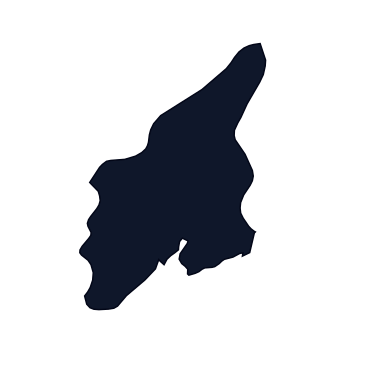 SVG path tracing the border of Ninh Thuận, rotated 44°
{"feature_id": "VNM-481", "entity_name": "Ninh Thuận", "entity_type": "Province", "adm_level": 1, "iso_a3": "VNM", "parent_name": "Vietnam", "parent_adm1": "", "projection": "equal_earth", "projection_center": [108.921, 11.746], "detail": "fine", "context": "isolated", "style": "filled", "palette": "ink", "viewbox_px": 384, "rotation_deg": 44, "n_neighbors": 0, "source": "natural_earth", "source_scale": "10m", "svg_char_len": 1549}
<svg xmlns="http://www.w3.org/2000/svg" viewBox="0 0 384 384"><g transform="rotate(44 192 192)"><path d="M265.3,176.7L265.3,178.2L275.6,195.5L272.8,203.1L270.9,200.4L269.0,203.1L266.7,210.3L262.0,218.0L261.4,221.1L261.3,224.6L260.2,229.9L258.7,232.3L253.9,237.7L252.9,240.5L252.3,244.5L250.7,248.4L247.5,254.0L245.7,254.0L242.6,250.5L238.7,250.2L234.3,250.6L229.4,249.2L226.4,244.7L224.4,232.4L223.2,229.9L217.1,231.9L217.5,236.3L220.5,240.8L222.4,243.0L221.8,247.8L220.9,252.6L220.7,257.8L222.4,263.7L216.8,263.9L215.0,263.7L219.1,272.7L219.2,288.0L216.8,312.1L217.7,325.8L216.5,329.9L213.2,334.3L206.7,341.3L202.8,344.5L199.0,346.1L194.2,345.8L187.0,341.4L186.4,336.3L185.1,331.3L181.8,324.4L177.0,318.6L169.8,314.4L164.6,313.3L156.3,314.1L153.5,313.6L151.7,311.5L150.7,307.3L150.0,297.3L149.4,293.5L147.6,291.2L141.0,288.9L138.5,287.2L136.8,283.7L136.1,279.8L135.1,270.1L134.1,265.9L132.0,262.0L128.3,259.0L124.1,256.6L111.8,256.2L108.4,238.4L108.4,234.4L109.2,229.3L111.6,225.8L121.0,215.2L126.5,205.4L128.5,198.5L128.8,193.1L127.8,189.6L126.2,186.5L121.6,180.4L119.1,175.9L117.0,169.5L116.4,158.8L128.0,111.4L131.0,79.5L130.3,71.8L129.1,65.6L128.5,58.5L129.4,52.3L131.5,47.0L133.9,43.1L137.9,37.9L153.3,46.0L157.1,50.5L161.7,58.0L164.4,66.0L170.4,90.3L175.4,104.5L176.9,110.4L179.6,118.1L183.1,122.1L186.7,124.4L203.9,128.0L220.5,134.6L225.0,138.0L227.6,142.0L229.1,146.7L231.2,158.2L234.3,165.8L237.7,170.1L241.7,173.4L247.0,175.3L256.5,177.3L259.9,177.5L263.8,177.1L265.3,176.7Z" fill="#0f172a" stroke="#020617" stroke-width="1.5"/></g></svg>